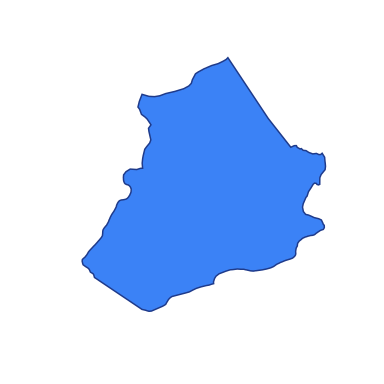 Coolie Town, Laborie, Saint Lucia, rotated 238°
{"feature_id": "8701671B72346500642507", "entity_name": "Coolie Town", "entity_type": "district", "adm_level": 2, "iso_a3": "LCA", "parent_name": "Saint Lucia", "parent_adm1": "Laborie", "projection": "mercator", "projection_center": [-60.967, 13.77], "detail": "fine", "context": "isolated", "style": "filled", "palette": "blue", "viewbox_px": 384, "rotation_deg": 238, "n_neighbors": 0, "source": "geoboundaries", "source_scale": "gbopen_adm2", "svg_char_len": 3612}
<svg xmlns="http://www.w3.org/2000/svg" viewBox="0 0 384 384"><g transform="rotate(238 192 192)"><path d="M91.9,285.5L93.7,286.5L95.0,286.2L96.3,286.5L99.7,286.9L102.2,285.3L105.6,282.0L107.5,280.8L110.7,278.6L112.8,276.5L116.4,276.1L120.6,277.7L123.1,280.1L127.0,285.7L127.5,287.4L130.5,290.9L132.4,295.0L134.4,299.0L134.6,300.6L133.4,302.0L132.2,302.0L131.0,303.0L130.8,304.4L134.9,307.0L136.4,308.0L138.4,310.8L140.4,316.7L143.0,318.8L145.7,320.2L147.5,321.0L151.2,322.9L153.1,322.9L155.9,322.9L155.6,321.0L156.4,319.5L158.8,317.9L160.3,314.6L163.7,312.0L166.7,310.6L168.4,308.4L170.9,307.7L171.2,306.5L174.1,304.9L176.0,305.1L177.1,303.3L177.6,299.5L213.9,295.6L286.9,293.6L286.3,291.3L286.4,287.9L287.0,282.2L288.8,275.8L290.1,267.5L290.5,261.1L290.4,257.6L287.0,251.8L284.5,249.0L283.6,245.4L284.0,239.6L286.4,230.7L289.4,221.9L290.7,215.6L292.7,210.8L295.9,206.2L300.6,202.0L301.3,201.4L296.8,195.4L292.7,191.2L290.0,191.4L284.6,190.3L280.5,191.9L277.8,192.6L272.5,192.8L270.7,192.8L269.1,188.9L266.0,187.5L258.0,184.7L256.0,182.1L254.4,177.4L253.3,174.6L248.7,169.9L246.4,167.8L242.8,165.0L238.3,162.7L239.4,160.8L240.3,157.1L244.2,151.7L244.2,146.8L242.8,143.1L240.5,141.4L239.5,140.9L238.7,140.4L237.5,139.9L236.5,139.7L235.5,139.5L234.3,139.7L233.1,140.4L231.7,141.7L230.4,142.2L229.1,142.4L227.9,142.2L226.7,142.0L225.7,141.3L224.8,140.7L223.8,139.7L223.1,138.6L222.3,137.5L221.8,136.3L221.4,135.6L221.1,134.5L220.9,133.8L220.9,132.6L221.0,131.9L221.4,130.8L221.7,130.0L222.1,129.0L222.4,128.5L222.8,127.4L223.0,126.3L223.0,125.9L222.9,125.0L222.5,124.0L222.0,123.0L220.7,121.0L219.7,120.1L219.0,119.0L218.3,117.8L217.6,116.6L216.9,115.3L216.4,114.1L215.5,112.1L214.7,110.7L213.8,109.2L212.9,108.0L212.1,106.7L211.3,105.8L210.8,105.0L210.3,104.1L209.7,103.0L209.0,101.8L208.9,101.1L208.4,99.6L208.1,98.7L207.4,97.2L207.0,96.5L206.3,95.8L205.4,95.1L204.2,94.3L203.5,93.7L202.5,93.0L202.0,92.1L201.6,91.4L201.2,90.3L200.8,89.1L200.3,87.6L200.1,86.8L199.6,85.3L199.1,83.6L198.5,81.5L198.1,79.6L197.7,78.3L197.3,76.7L196.9,75.2L196.6,74.2L196.3,73.2L195.9,72.2L195.4,71.3L194.8,70.2L194.3,69.1L194.0,68.1L193.5,66.8L193.3,65.4L192.9,63.3L191.6,62.2L189.3,61.4L188.0,61.1L185.2,62.2L183.2,63.2L181.9,63.7L180.5,63.8L177.9,63.4L175.1,64.8L173.9,64.8L171.2,64.0L121.8,86.1L120.2,86.8L119.0,87.3L116.4,89.9L114.7,91.3L113.6,92.4L112.5,94.6L111.4,101.9L110.7,106.6L110.6,109.0L110.7,110.3L111.4,111.4L113.3,115.1L113.9,117.5L114.0,119.6L112.1,125.7L109.8,133.0L108.7,136.8L108.4,140.9L108.0,144.5L106.8,149.3L105.1,154.5L104.0,157.2L103.5,159.5L102.8,161.8L104.3,162.5L106.7,165.3L107.9,167.8L108.3,171.6L106.9,178.8L105.8,183.1L104.6,185.4L102.7,189.6L100.5,192.6L99.0,195.0L97.7,196.2L97.3,196.7L96.4,197.6L95.4,198.6L94.8,199.2L94.0,200.0L93.5,200.7L93.1,201.2L92.6,201.9L92.2,202.6L91.7,203.9L91.4,204.4L88.7,210.4L87.2,214.5L86.6,216.5L86.0,218.6L85.9,219.3L85.6,221.4L85.6,222.5L85.7,223.8L85.8,225.3L85.7,226.7L85.5,227.8L85.4,229.6L85.0,231.5L84.8,232.7L84.7,233.5L84.3,235.5L83.9,236.9L83.5,238.4L83.2,239.4L82.9,240.9L82.7,241.7L82.7,242.9L82.8,243.5L83.0,244.7L83.3,245.5L83.8,246.5L84.7,247.3L85.2,247.6L86.2,248.1L87.1,248.7L88.3,249.8L89.2,250.6L89.7,251.4L90.4,252.7L91.2,253.3L92.1,254.0L92.7,254.8L92.9,255.2L93.3,256.3L93.6,257.0L93.7,258.1L93.8,259.1L93.9,259.8L94.1,260.6L94.1,261.9L94.0,262.4L93.9,263.5L93.7,264.7L93.3,265.7L93.2,266.6L92.7,268.1L92.2,269.7L91.7,270.6L91.3,271.5L91.0,272.6L90.9,273.3L91.0,274.3L91.2,275.3L91.2,276.1L91.3,277.3L91.3,278.6L91.4,280.0L91.2,281.5L90.9,282.6L90.7,283.5L91.2,284.6L91.9,285.5Z" fill="#3b82f6" stroke="#1e3a8a" stroke-width="1.5"/></g></svg>